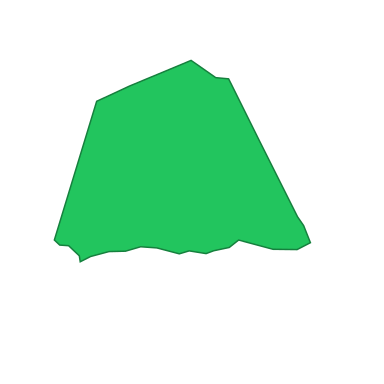 outline of Morgan, Georgia, United States of America, rotated 120°
{"feature_id": "52423323B3349908065818", "entity_name": "Morgan", "entity_type": "district", "adm_level": 2, "iso_a3": "USA", "parent_name": "United States of America", "parent_adm1": "Georgia", "projection": "albers", "projection_center": [-83.452, 33.626], "detail": "fine", "context": "isolated", "style": "filled", "palette": "green", "viewbox_px": 384, "rotation_deg": 120, "n_neighbors": 0, "source": "geoboundaries", "source_scale": "gbopen_adm2", "svg_char_len": 509}
<svg xmlns="http://www.w3.org/2000/svg" viewBox="0 0 384 384"><g transform="rotate(120 192 192)"><path d="M79.3,211.4L75.7,216.9L81.1,228.6L78.5,258.6L131.5,299.1L161.1,319.9L302.4,287.2L304.1,280.0L300.2,272.0L303.6,257.7L308.3,253.9L298.6,247.6L285.1,234.1L276.5,220.0L265.1,209.1L258.0,194.5L251.9,172.1L244.4,165.0L238.3,149.0L232.0,143.8L221.4,132.0L210.3,127.6L201.1,93.2L189.3,72.2L176.7,64.1L165.3,78.5L160.7,88.2L113.9,159.3L79.3,211.4Z" fill="#22c55e" stroke="#15803d" stroke-width="1.5"/></g></svg>